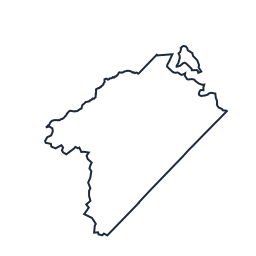 King, Washington, United States of America, rotated 134°
{"feature_id": "52423323B35530413742416", "entity_name": "King", "entity_type": "district", "adm_level": 2, "iso_a3": "USA", "parent_name": "United States of America", "parent_adm1": "Washington", "projection": "natural_earth1", "projection_center": [-121.9, 47.433], "detail": "fine", "context": "isolated", "style": "outline", "palette": "slate", "viewbox_px": 256, "rotation_deg": 134, "n_neighbors": 0, "source": "geoboundaries", "source_scale": "gbopen_adm2", "svg_char_len": 3791}
<svg xmlns="http://www.w3.org/2000/svg" viewBox="0 0 256 256"><g transform="rotate(134 128 128)"><path d="M184.7,187.5L181.6,185.7L180.8,182.2L182.7,179.7L186.7,178.1L190.7,179.7L195.0,178.6L195.8,176.9L193.0,172.5L194.6,170.2L193.0,166.0L186.6,163.9L187.2,161.1L190.0,160.0L190.6,157.7L189.8,154.1L180.3,152.6L178.1,152.7L177.4,150.0L175.9,149.4L177.7,144.9L175.8,143.3L172.9,139.2L176.7,138.5L178.3,135.4L178.1,130.1L180.3,129.4L183.8,127.7L184.6,124.3L190.1,120.5L194.9,118.8L197.5,113.2L200.2,112.4L204.0,108.7L206.5,104.4L212.0,104.9L212.5,100.9L220.4,99.7L217.7,91.4L219.3,84.6L221.5,83.9L226.8,79.7L223.9,77.1L225.0,75.3L223.0,72.0L220.7,72.0L219.6,68.3L174.2,68.2L174.1,68.5L156.8,68.8L110.4,68.8L101.8,69.1L97.5,69.0L78.2,68.9L70.0,68.8L67.8,68.8L64.1,68.8L60.5,68.7L57.8,68.7L56.5,68.7L47.2,68.6L47.4,69.6L49.4,72.0L49.0,73.6L50.3,77.0L49.9,79.2L49.5,79.9L49.3,80.4L47.6,81.7L46.1,83.8L45.6,85.4L42.6,89.1L44.7,92.4L46.1,93.4L47.5,93.9L48.5,93.8L51.0,95.1L54.1,97.6L54.2,97.9L54.8,99.4L54.3,100.7L54.1,100.8L52.3,101.8L50.7,102.1L49.9,101.8L48.4,100.0L46.4,102.0L43.8,103.3L45.3,104.6L46.8,107.8L47.4,112.2L47.1,113.8L48.4,116.0L51.3,118.4L51.8,119.6L50.9,123.4L48.9,124.9L51.0,125.4L51.7,125.9L52.6,126.4L53.2,128.3L53.2,129.7L53.6,130.9L55.3,132.2L56.2,133.5L56.6,135.1L56.7,139.6L56.7,142.5L55.1,143.7L51.4,144.7L44.1,147.3L55.3,157.2L55.3,158.2L55.8,158.2L60.7,158.2L69.5,158.2L70.0,158.2L71.4,158.2L73.9,158.2L78.3,158.2L81.2,158.2L81.9,158.5L82.0,158.9L82.0,159.3L82.0,160.0L82.4,160.5L83.4,161.0L83.8,161.2L84.0,161.8L83.8,162.1L83.9,162.6L84.2,162.7L84.6,162.8L85.0,163.3L84.9,163.8L85.0,164.4L85.3,165.0L85.4,165.7L86.0,166.6L86.6,167.5L87.3,168.1L87.9,168.7L88.8,169.1L89.9,169.9L91.2,170.2L92.1,170.5L92.5,171.2L93.3,171.8L93.6,172.5L94.1,173.0L94.7,173.0L95.1,172.8L95.9,172.6L96.7,172.4L97.8,172.5L98.6,172.3L99.6,172.6L99.7,173.0L100.6,173.1L101.0,172.9L101.5,173.1L101.5,173.5L101.7,174.1L102.3,174.4L102.8,174.2L103.4,174.3L104.1,174.7L104.5,175.2L105.3,175.7L106.0,175.5L107.2,176.0L107.4,177.7L108.7,178.5L109.3,178.7L110.0,178.1L110.4,177.6L111.0,176.8L112.3,176.7L113.2,176.5L113.6,176.0L114.8,175.9L116.1,176.2L117.2,176.0L117.4,176.4L118.2,176.5L118.6,176.3L119.2,176.4L119.5,176.8L120.0,177.2L120.4,177.1L121.3,177.5L121.8,177.8L122.7,177.7L123.0,177.3L123.4,176.7L124.2,176.1L125.1,175.2L126.0,175.0L126.3,174.3L127.1,173.8L127.9,173.2L128.4,172.7L128.8,172.8L129.4,172.8L130.2,172.8L130.8,172.9L131.3,173.9L132.0,174.0L132.9,173.7L133.6,174.1L134.1,174.4L134.9,174.6L135.1,174.4L135.5,174.2L135.8,174.5L137.0,175.2L137.7,175.7L138.4,176.4L139.4,176.4L140.9,176.5L142.0,176.6L143.0,176.8L143.6,176.6L144.2,176.1L144.8,175.8L145.6,175.6L145.9,175.2L146.5,175.0L146.9,175.2L147.5,175.5L148.1,175.8L148.9,175.8L149.9,176.1L150.5,176.1L151.1,176.3L151.6,176.6L152.2,177.2L152.5,177.6L153.2,177.9L153.8,178.8L154.4,179.6L155.0,180.4L155.5,181.1L155.7,181.6L156.2,181.8L157.0,182.0L157.4,182.1L157.9,181.9L158.4,181.8L159.0,182.0L159.7,181.9L160.3,181.9L160.7,181.6L161.3,181.4L162.4,181.3L163.1,181.4L164.0,181.2L165.0,181.2L165.7,181.4L166.4,181.4L167.1,181.5L167.5,181.9L167.8,182.2L168.6,182.4L169.1,182.5L169.4,182.5L169.8,182.5L170.1,182.8L170.5,183.4L171.0,183.6L171.3,183.9L171.6,184.5L172.0,185.0L172.7,185.6L173.4,186.3L174.5,187.1L175.4,187.5L175.9,187.8L177.5,187.7L178.8,187.5L179.7,187.1L180.4,186.9L181.2,187.3L183.0,187.2L184.4,187.4L184.7,187.5ZM29.5,140.7L29.2,143.0L30.4,145.1L32.3,145.6L33.9,145.6L34.2,144.8L37.1,143.2L38.8,143.5L39.2,143.4L40.0,141.4L41.4,139.6L46.3,136.9L49.5,136.2L50.1,135.6L47.2,133.8L42.9,133.3L41.5,132.4L41.2,130.7L41.2,123.5L42.1,122.2L38.5,118.7L38.4,117.5L39.5,115.8L36.5,114.5L35.4,119.3L33.4,120.6L31.2,125.2L31.0,131.2L29.4,133.9L30.6,139.0L29.5,140.7Z" fill="none" stroke="#1e293b" stroke-width="2"/></g></svg>